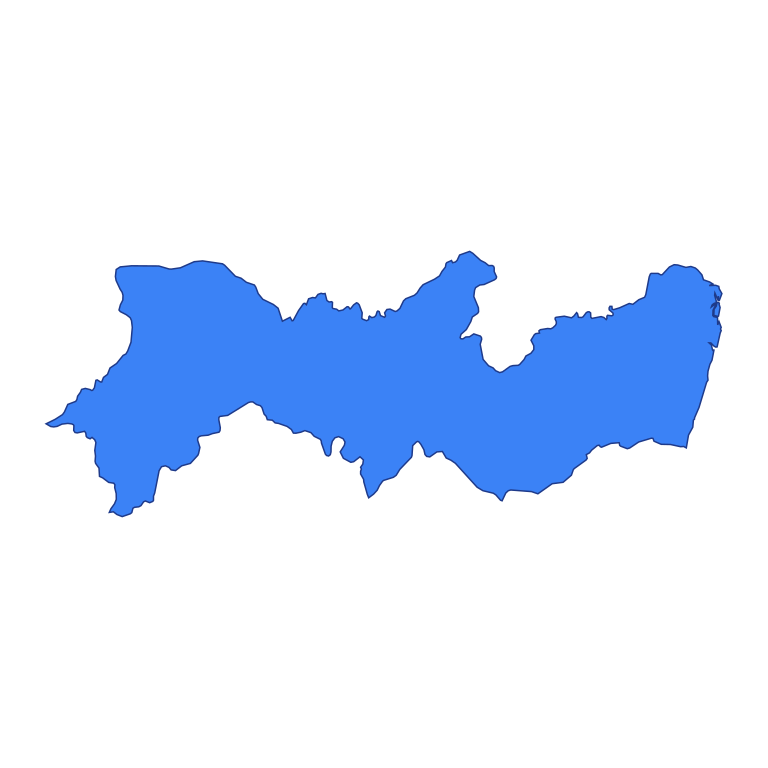 the border of Pernambuco
{"feature_id": "BRA-1313", "entity_name": "Pernambuco", "entity_type": "State", "adm_level": 1, "iso_a3": "BRA", "parent_name": "Brazil", "parent_adm1": "", "projection": "natural_earth1", "projection_center": [-37.928, -8.379], "detail": "fine", "context": "isolated", "style": "filled", "palette": "blue", "viewbox_px": 768, "rotation_deg": 0, "n_neighbors": 0, "source": "natural_earth", "source_scale": "10m", "svg_char_len": 6079}
<svg xmlns="http://www.w3.org/2000/svg" viewBox="0 0 768 768"><path d="M712.9,284.0L709.2,285.6L715.7,285.3L718.8,286.4L719.2,288.8L721.9,293.6L719.3,300.5L718.6,300.4L718.4,296.1L717.7,299.4L714.9,293.0L714.6,295.3L716.3,301.1L715.8,303.4L714.5,303.2L713.5,303.8L712.1,305.0L711.4,306.9L714.5,304.6L715.7,304.9L713.0,310.3L712.8,315.4L713.7,316.6L717.5,317.5L717.7,324.9L719.0,321.6L721.2,327.4L720.5,329.0L721.2,330.6L720.2,333.0L717.1,346.9L715.8,347.1L714.1,346.2L710.8,342.9L709.1,342.9L711.4,345.0L712.5,349.9L713.4,351.1L714.1,349.4L712.0,360.2L709.9,364.3L708.0,371.2L707.6,375.8L708.0,380.2L706.6,382.3L699.0,407.5L694.5,417.9L694.5,419.1L693.4,420.1L692.8,427.2L688.5,435.1L686.3,447.9L683.7,446.5L680.6,446.7L670.5,444.5L661.2,444.3L654.0,441.2L653.0,438.4L651.4,438.2L638.7,442.0L629.7,448.0L627.3,448.7L620.7,446.2L619.7,445.4L619.2,442.7L610.8,443.4L601.6,447.2L600.4,446.8L599.1,445.2L597.2,445.6L591.6,450.2L589.5,452.9L586.3,454.6L587.2,458.4L586.1,460.0L574.2,468.6L573.3,469.7L571.4,475.2L563.1,482.3L552.2,483.7L537.9,493.8L531.5,491.6L510.8,490.0L508.3,490.7L505.8,493.0L502.1,500.8L500.5,500.2L495.9,494.9L493.3,493.2L482.9,490.7L477.1,487.2L455.4,463.3L450.9,460.2L446.2,458.0L442.4,451.5L436.9,451.9L429.8,456.9L426.7,456.4L425.0,454.5L423.9,449.7L420.8,444.2L418.8,441.8L417.8,441.4L416.5,441.9L412.7,445.6L412.0,455.6L411.4,457.3L399.8,469.4L396.2,475.3L393.4,477.3L383.6,480.4L382.5,481.3L379.5,485.5L377.2,490.2L373.6,494.1L368.7,497.8L367.3,494.3L363.8,481.9L363.6,479.3L360.6,474.0L360.6,471.3L361.4,469.0L360.6,467.3L362.8,464.1L363.4,459.9L360.0,456.8L353.7,461.7L350.8,462.3L343.4,458.3L340.2,451.9L344.4,445.2L345.0,442.0L343.1,438.7L338.6,436.6L334.9,437.8L332.3,441.3L331.1,446.2L331.0,451.9L330.3,454.7L328.6,456.0L326.6,455.5L325.4,454.2L321.5,443.2L321.2,440.8L320.3,439.3L314.2,436.3L310.9,432.6L304.9,430.6L300.8,432.2L295.9,433.2L293.4,433.1L291.4,429.5L287.1,426.4L278.5,423.4L275.1,422.9L272.3,420.2L267.3,419.7L266.2,416.3L264.1,414.1L262.0,407.6L260.4,405.7L256.5,404.5L252.8,401.9L250.7,401.9L248.5,402.5L227.7,415.4L220.0,416.4L218.9,417.4L218.8,419.7L220.3,427.7L220.0,430.7L219.0,432.2L212.4,433.6L208.1,435.2L201.3,435.8L199.2,436.5L197.8,438.0L197.6,440.2L199.9,447.4L198.6,453.4L197.9,455.2L190.4,463.4L181.7,465.8L175.5,470.6L171.1,469.9L169.0,467.4L165.4,465.8L161.5,466.7L159.1,470.7L154.7,493.0L153.5,496.1L153.5,500.3L152.8,501.4L149.7,502.7L145.4,501.0L143.6,501.8L141.0,505.6L138.8,506.8L134.5,507.3L132.9,508.3L131.8,512.6L130.3,513.8L122.2,516.6L116.9,514.5L113.4,511.8L109.3,512.4L110.9,508.8L114.5,503.8L116.3,499.4L116.2,493.6L114.7,487.6L114.9,484.8L113.8,483.2L108.7,482.4L102.6,477.8L99.5,476.4L99.0,468.1L95.6,463.4L95.1,461.2L95.5,456.0L94.8,450.4L95.9,442.5L94.7,439.7L92.0,437.4L90.1,438.8L87.3,437.6L86.2,436.3L85.8,433.1L84.6,431.3L77.2,432.9L75.0,432.5L73.7,430.5L73.9,425.6L73.4,424.7L71.7,423.9L67.8,423.4L62.0,424.1L57.1,426.4L53.7,426.9L50.7,426.5L46.1,423.8L55.2,419.3L62.5,414.6L64.4,412.0L67.8,404.4L75.7,401.4L76.9,399.5L77.6,396.2L80.4,392.3L81.6,389.4L85.3,388.4L90.2,389.6L91.7,390.5L92.6,390.3L94.4,387.8L95.9,380.3L97.2,379.9L100.6,382.0L101.7,382.0L103.5,377.4L107.5,374.4L110.0,368.0L116.6,363.5L123.1,355.4L125.9,354.0L127.7,351.0L131.0,342.2L132.3,327.4L131.5,320.6L130.2,317.7L126.3,314.7L120.3,311.6L119.0,310.0L120.4,304.8L122.8,300.1L123.0,295.4L122.2,292.4L120.1,289.1L116.1,280.5L115.4,276.5L116.2,269.5L120.2,266.9L131.5,265.8L158.8,266.0L169.1,269.0L171.4,269.1L180.4,267.8L194.2,261.7L202.6,260.9L222.5,263.8L224.6,265.2L235.4,276.3L241.1,278.2L246.4,282.3L254.4,285.0L255.8,287.2L258.2,293.6L262.8,299.3L273.4,304.5L278.1,308.2L282.4,321.2L290.1,317.3L292.1,320.8L293.2,320.5L298.6,310.5L303.5,303.6L304.9,303.3L306.4,304.7L308.6,298.8L312.6,297.5L315.4,297.9L318.0,294.4L321.1,293.3L323.0,293.8L325.1,293.5L326.9,300.5L329.1,302.0L331.7,301.7L332.5,302.4L332.3,307.7L333.0,308.5L336.6,309.2L338.8,310.9L342.9,310.0L347.1,306.7L348.5,306.9L349.9,308.9L350.5,308.8L353.6,304.9L356.5,302.8L357.7,303.2L359.2,304.8L362.2,312.8L361.8,318.3L362.5,319.1L366.6,320.7L368.6,319.6L368.9,316.8L369.5,316.1L371.8,317.6L374.4,317.0L375.9,315.5L377.1,311.7L377.9,311.0L379.2,311.6L380.5,315.6L384.6,317.3L385.5,316.0L384.6,312.8L386.9,309.5L390.1,309.1L395.2,311.5L396.9,311.0L399.9,308.4L403.5,300.9L405.8,298.7L414.4,295.3L417.1,292.9L420.1,288.1L423.1,284.7L434.5,279.2L439.5,275.9L442.0,271.4L445.4,267.1L446.0,263.7L446.8,262.6L451.5,260.5L452.6,262.7L455.4,262.0L457.1,260.4L459.6,255.0L469.7,251.4L472.8,253.3L480.6,260.4L485.1,262.7L488.7,265.6L492.1,265.5L493.6,266.3L494.2,267.9L494.2,271.6L496.6,276.9L496.1,278.5L494.5,279.8L484.1,284.5L479.8,285.0L475.6,287.6L474.6,290.1L473.8,296.5L478.4,307.7L478.6,311.8L477.6,313.4L472.3,317.0L470.8,321.6L466.3,329.6L461.0,334.3L460.1,337.7L461.0,338.8L462.9,338.9L465.7,337.0L469.5,336.8L473.8,333.9L480.4,336.1L481.4,337.4L481.7,339.2L480.2,344.3L483.1,359.4L488.6,365.8L493.1,367.9L495.6,370.7L499.7,372.6L502.6,371.8L510.1,366.4L512.9,365.6L518.3,365.3L519.8,364.3L524.1,359.5L525.9,356.0L530.9,353.3L533.8,349.6L533.8,345.8L531.0,340.2L534.4,334.6L535.8,333.6L539.5,333.1L538.9,330.9L540.3,329.7L547.6,328.5L550.8,328.8L552.8,327.8L555.5,325.3L556.3,323.7L556.3,321.7L555.1,319.1L555.2,317.9L556.0,317.3L564.3,316.2L571.5,317.8L573.8,316.1L576.6,312.6L577.5,313.6L578.4,317.3L581.6,317.5L583.1,316.8L586.3,312.6L587.9,311.8L589.2,311.8L590.6,312.9L590.8,317.2L591.9,318.4L601.1,316.6L603.9,317.5L606.2,319.6L606.9,318.6L606.9,316.2L607.6,315.3L611.8,315.8L612.9,315.2L613.2,314.2L612.9,313.0L609.2,309.8L609.1,307.9L610.0,306.3L611.9,306.4L612.2,309.2L613.7,309.6L619.6,307.8L629.2,303.5L632.9,304.3L638.8,299.7L644.6,297.3L645.8,294.6L649.2,276.9L650.3,274.1L651.2,273.4L658.1,273.4L660.8,274.9L662.3,274.6L669.4,267.0L674.1,264.7L677.8,265.0L685.9,267.4L690.9,266.5L695.3,268.0L697.6,269.9L701.9,274.8L703.5,279.8L709.7,282.0L712.9,284.0ZM717.0,302.5L718.7,302.5L719.3,303.3L719.1,304.2L720.1,307.5L718.5,316.1L717.8,316.4L713.8,315.3L714.1,309.2L716.3,306.1L717.0,302.5Z" fill="#3b82f6" stroke="#1e3a8a" stroke-width="1.5"/></svg>